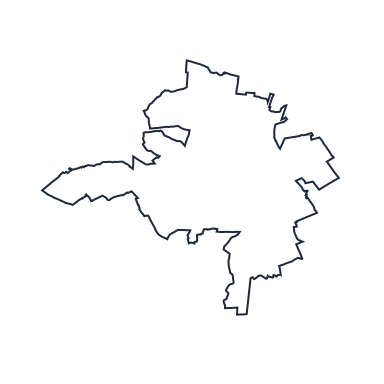 Banca, Vaslui, Romania (Robinson projection), rotated 169°
{"feature_id": "2599482B8370151294512", "entity_name": "Banca", "entity_type": "district", "adm_level": 2, "iso_a3": "ROU", "parent_name": "Romania", "parent_adm1": "Vaslui", "projection": "robinson", "projection_center": [27.822, 46.347], "detail": "fine", "context": "isolated", "style": "outline", "palette": "slate", "viewbox_px": 384, "rotation_deg": 169, "n_neighbors": 0, "source": "geoboundaries", "source_scale": "gbopen_adm2", "svg_char_len": 5944}
<svg xmlns="http://www.w3.org/2000/svg" viewBox="0 0 384 384"><g transform="rotate(169 192 192)"><path d="M223.9,280.9L223.4,279.2L223.4,277.8L223.0,277.0L222.8,275.9L222.2,274.8L221.0,273.4L220.5,272.2L221.1,268.1L221.1,265.7L220.9,264.0L221.1,262.3L213.2,261.4L204.7,260.9L202.5,260.2L201.1,260.3L198.5,259.8L193.8,259.6L192.7,259.2L190.2,256.7L187.9,255.2L185.1,253.9L182.6,253.1L184.6,248.0L186.2,246.1L190.2,238.7L192.4,242.5L193.6,243.9L194.2,244.3L196.6,244.8L198.1,245.5L199.1,246.4L201.6,247.7L203.6,249.7L207.7,252.4L208.5,253.2L209.0,255.1L210.3,257.6L211.3,258.4L212.5,257.9L213.8,258.5L215.8,258.8L223.3,258.9L225.6,259.5L228.0,259.4L228.4,258.3L228.7,256.0L230.0,253.3L229.2,249.6L231.0,248.4L231.2,247.7L230.6,247.1L228.8,242.5L227.9,241.3L227.1,240.8L224.9,240.1L223.6,239.4L222.3,237.5L220.2,235.5L216.9,233.4L218.6,232.0L219.7,232.2L220.2,232.8L224.8,230.4L223.1,227.0L226.7,227.5L227.1,227.7L228.1,227.4L229.2,227.3L231.8,227.8L237.8,233.1L242.9,238.1L244.4,230.4L245.7,226.0L247.1,227.7L248.3,228.7L248.1,229.1L250.0,231.6L251.1,232.1L253.6,234.4L254.7,235.1L255.9,235.4L258.8,235.6L262.3,236.4L264.0,236.2L266.5,237.3L273.8,238.3L275.2,238.0L276.8,236.9L277.8,236.8L279.2,237.3L281.0,237.1L282.2,236.5L283.4,236.3L288.5,238.1L290.0,238.0L291.2,237.6L291.7,238.0L293.3,237.0L294.2,237.9L295.9,237.0L296.5,237.7L298.5,237.1L304.7,236.6L306.9,238.3L307.7,238.7L308.3,238.3L306.9,236.1L310.4,234.3L311.7,235.8L313.5,235.0L314.5,235.3L315.0,236.0L319.1,233.3L319.1,232.7L328.3,228.0L338.8,222.2L333.6,216.7L330.1,214.3L328.4,212.6L324.6,210.3L317.5,205.0L313.9,203.6L311.5,202.1L304.5,205.6L300.9,207.0L300.8,206.6L297.4,208.1L296.7,208.5L297.0,209.3L296.2,209.7L295.9,208.9L294.8,207.6L293.7,205.9L292.9,203.1L292.5,202.7L292.6,202.3L291.7,202.2L291.6,202.5L280.6,205.5L277.7,203.0L277.1,202.1L276.4,200.6L276.0,200.1L275.2,199.9L274.4,200.0L272.8,200.8L270.5,201.6L266.2,202.2L260.5,202.3L260.1,202.0L255.9,203.8L255.7,203.5L255.1,203.6L254.9,203.3L251.2,204.2L246.3,196.5L248.5,196.2L248.5,195.7L247.5,189.7L247.0,189.7L246.5,185.9L247.0,185.0L246.5,184.1L245.8,182.1L243.9,178.8L243.8,177.9L243.4,177.3L242.7,177.5L239.5,177.2L237.6,170.5L235.2,163.3L235.0,161.4L233.8,158.3L232.6,156.3L230.1,153.9L227.0,151.6L226.5,151.6L226.2,151.1L225.3,150.4L223.4,153.0L221.8,154.4L219.3,155.4L216.8,156.1L214.8,157.0L212.5,157.4L201.0,154.7L201.8,153.4L204.2,150.9L204.7,150.2L204.2,147.4L204.3,147.0L205.1,146.8L204.9,142.2L202.7,142.6L199.5,141.0L199.0,142.5L198.4,142.5L197.0,142.4L196.6,142.7L195.8,145.1L195.4,148.8L192.9,149.0L191.5,148.5L191.1,149.2L189.4,149.2L189.1,150.4L188.1,151.7L187.9,152.5L187.5,153.1L185.0,152.8L184.0,152.4L183.9,152.1L182.4,152.2L181.7,151.8L180.7,152.2L178.2,152.1L176.3,151.6L176.4,151.4L174.2,150.7L175.4,148.4L171.0,147.1L165.7,146.3L157.6,144.5L157.1,144.7L152.8,143.7L155.2,141.4L159.2,140.1L160.8,140.1L162.5,139.3L165.6,136.1L169.3,133.2L170.7,132.5L171.7,130.2L171.8,129.4L171.3,128.8L166.8,124.3L166.8,123.8L167.8,121.2L168.1,119.8L168.6,119.3L169.4,117.0L170.0,112.8L170.0,108.8L169.8,107.4L170.0,105.9L169.9,105.3L168.3,103.6L167.9,101.4L168.3,98.3L168.3,95.4L168.9,94.6L169.3,94.3L171.8,94.1L173.8,93.3L177.4,89.3L177.4,88.8L177.2,88.2L175.7,86.0L175.9,85.0L176.8,83.3L177.8,82.3L178.1,81.0L178.4,80.6L179.3,80.1L181.3,79.7L181.6,79.4L181.9,77.8L181.2,74.2L181.8,71.7L175.7,70.7L169.5,69.9L171.2,63.0L163.9,61.9L161.6,61.8L151.0,96.1L149.0,96.9L148.8,96.8L147.9,94.9L147.4,94.6L146.3,95.2L145.4,95.4L143.3,96.7L142.4,97.0L140.5,97.0L139.8,96.6L135.9,92.8L134.8,92.9L133.7,95.2L133.4,94.7L129.2,92.6L128.5,92.8L128.0,94.8L127.8,94.9L126.5,94.3L125.7,93.2L125.2,92.9L124.6,93.1L124.4,93.8L124.0,94.0L121.1,93.9L120.7,93.6L120.4,100.5L120.6,102.8L115.5,103.4L113.3,104.0L112.0,104.0L109.2,104.6L106.7,104.8L105.6,105.6L103.6,106.3L101.1,107.0L100.1,107.0L96.8,105.2L96.6,105.3L96.5,105.9L97.1,108.9L99.7,120.8L92.9,122.1L96.6,124.6L97.3,125.4L97.9,126.8L99.2,132.8L98.8,138.2L95.9,138.0L95.7,139.4L96.5,142.3L94.7,142.7L94.8,143.3L73.3,147.7L73.8,149.3L75.1,151.3L75.2,154.3L77.3,159.3L77.8,160.1L79.6,164.1L80.9,164.0L81.1,164.5L79.9,164.9L81.1,166.8L79.9,167.3L80.0,167.9L80.4,168.4L78.3,171.1L78.6,171.3L80.6,171.3L81.2,171.0L81.7,171.4L81.9,172.2L82.4,172.4L82.6,172.9L83.3,175.7L87.9,183.1L81.9,184.7L79.5,181.5L79.1,180.4L79.0,179.0L71.3,179.1L66.8,170.0L56.0,174.1L45.2,177.8L48.7,184.8L53.8,196.1L46.4,198.8L46.5,199.5L47.9,201.1L48.9,204.1L52.0,211.4L53.0,213.1L54.6,217.6L56.5,221.2L64.8,220.5L64.6,224.4L63.3,224.3L62.5,224.7L63.5,227.1L66.8,226.8L66.8,226.4L72.2,226.5L74.0,227.1L75.3,226.4L90.7,226.9L97.3,217.7L97.9,218.6L99.6,224.6L99.7,225.7L100.0,225.8L100.2,226.3L100.0,226.6L100.4,227.4L100.9,230.1L100.5,230.9L99.5,236.8L97.9,241.0L97.3,242.0L96.9,242.4L90.2,243.2L88.5,243.1L84.8,245.3L85.9,247.4L87.9,246.5L90.3,246.0L82.9,259.0L84.9,258.9L88.5,256.9L90.1,254.2L90.7,254.0L94.5,254.4L95.7,254.8L96.3,255.4L98.4,255.9L99.5,256.7L100.4,257.7L98.9,260.4L100.1,260.8L95.8,268.5L93.3,272.0L96.3,273.6L100.5,265.8L100.6,268.2L101.3,269.3L106.2,271.1L107.2,272.1L108.3,272.7L112.4,274.2L111.8,277.2L119.7,279.2L120.1,278.9L120.5,277.3L129.8,280.0L128.8,283.7L128.1,285.1L126.4,289.8L125.2,293.5L125.4,293.9L124.7,295.0L124.3,296.5L131.7,300.0L136.8,303.0L137.2,302.0L138.3,302.8L139.5,301.5L141.5,301.1L142.1,301.3L143.7,302.6L144.4,303.7L145.2,304.5L147.2,304.8L148.4,304.6L149.2,305.0L150.3,305.8L151.0,306.0L151.7,308.3L152.3,309.4L152.7,311.2L158.8,315.4L172.0,322.2L172.5,320.8L175.1,310.7L173.4,310.1L177.2,295.8L180.8,294.8L184.6,294.9L187.1,294.8L190.1,294.2L192.7,294.2L193.7,294.4L195.7,296.1L198.2,296.5L198.8,296.9L199.5,296.8L200.2,296.2L201.3,295.7L201.7,295.7L203.2,294.6L203.9,293.5L204.8,292.6L207.0,291.6L208.0,291.9L208.4,291.7L209.1,290.8L210.7,289.9L212.1,288.6L213.0,288.3L214.1,287.1L216.2,286.4L217.4,285.4L218.3,284.2L218.8,283.7L219.4,282.3L220.0,281.8L221.9,280.9L222.9,281.1L223.9,280.9Z" fill="none" stroke="#1e293b" stroke-width="2"/></g></svg>